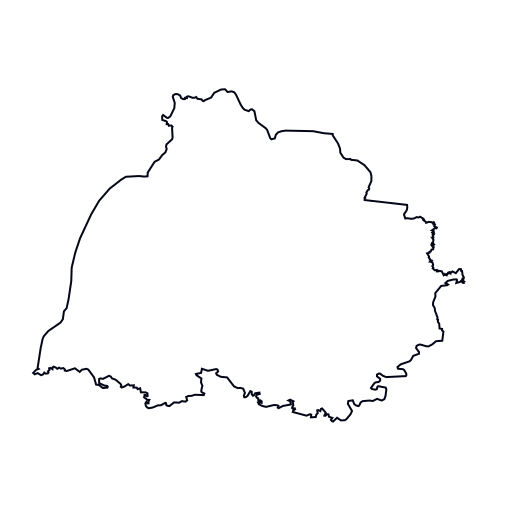 the district of Sang Khom, Udon Thani, Thailand, rotated 96°
{"feature_id": "78962969B36388809671077", "entity_name": "Sang Khom", "entity_type": "district", "adm_level": 2, "iso_a3": "THA", "parent_name": "Thailand", "parent_adm1": "Udon Thani", "projection": "natural_earth1", "projection_center": [103.083, 17.794], "detail": "fine", "context": "isolated", "style": "outline", "palette": "ink", "viewbox_px": 512, "rotation_deg": 96, "n_neighbors": 0, "source": "geoboundaries", "source_scale": "gbopen_adm2", "svg_char_len": 6017}
<svg xmlns="http://www.w3.org/2000/svg" viewBox="0 0 512 512"><g transform="rotate(96 256 256)"><path d="M409.5,189.2L407.7,185.6L408.0,184.5L410.7,184.5L409.9,179.7L407.6,179.5L405.8,178.2L403.1,179.0L402.7,178.1L403.5,175.8L401.3,175.4L400.7,174.3L404.5,170.3L407.6,171.3L407.7,170.4L405.9,168.8L405.9,167.4L408.3,166.6L409.0,163.2L411.2,164.4L412.6,162.7L412.6,162.1L408.4,158.5L410.6,154.4L410.1,150.7L408.9,149.1L403.6,145.5L400.1,144.3L393.4,149.2L390.6,149.0L389.4,144.7L392.9,142.9L394.1,141.1L394.6,138.5L393.9,137.7L390.8,136.7L389.2,134.8L387.9,128.1L388.0,124.7L385.4,120.6L386.6,116.0L385.0,113.4L381.8,112.6L375.1,112.4L373.3,113.3L372.7,120.8L373.6,121.7L375.8,121.9L376.5,123.3L376.1,127.0L375.3,127.9L370.0,124.9L369.1,123.6L368.5,120.9L367.0,119.5L365.1,119.7L363.1,123.1L361.3,123.3L360.0,121.4L360.0,120.3L361.9,117.2L362.8,113.8L359.8,94.5L358.7,94.0L357.2,94.3L353.8,96.8L353.2,98.1L353.3,103.0L351.7,103.7L348.7,100.9L344.7,92.3L343.4,91.1L338.9,89.2L336.1,83.6L334.4,83.9L330.8,87.2L328.6,86.9L327.2,84.8L326.9,83.2L328.0,76.9L327.8,74.9L325.6,71.6L321.9,68.0L320.8,61.9L311.6,61.7L310.5,63.2L309.1,63.3L308.9,65.9L304.2,66.7L302.5,68.2L300.3,68.3L300.1,69.1L298.1,69.1L291.7,72.3L289.1,72.8L286.4,74.8L283.5,75.0L277.6,73.3L274.1,73.8L266.4,68.7L265.1,62.9L264.3,62.0L263.1,64.8L260.7,62.7L258.7,57.1L258.3,54.0L259.0,53.5L261.9,54.0L260.4,50.3L259.5,49.6L261.2,47.2L261.0,46.6L259.8,47.6L259.5,46.6L258.1,48.6L256.9,48.2L257.2,47.3L255.6,47.0L253.3,48.6L249.4,49.5L249.4,50.4L247.6,50.9L247.8,52.7L252.2,55.5L250.8,59.0L251.8,59.9L251.8,61.0L252.9,60.9L252.0,62.3L252.5,63.2L252.9,63.4L253.2,62.5L253.8,64.1L255.2,64.2L255.2,64.9L254.5,65.3L254.9,66.0L254.3,66.4L255.4,67.3L251.8,69.7L251.6,72.8L252.2,72.9L252.4,74.5L251.0,74.7L251.5,76.6L249.9,78.9L249.1,78.4L247.5,79.6L246.6,78.9L245.6,79.1L243.7,80.1L243.5,82.2L242.1,80.9L241.6,82.8L240.4,82.9L239.6,84.0L238.5,83.8L235.5,86.1L234.6,83.8L233.7,84.0L233.2,82.7L231.3,82.1L230.9,80.6L228.7,80.2L228.6,81.1L226.6,82.8L225.3,82.5L226.8,80.9L226.0,80.1L225.3,81.0L223.7,81.4L221.3,81.2L219.9,82.4L220.0,81.7L218.8,81.5L217.6,82.4L216.4,81.7L216.4,82.4L215.9,82.6L215.1,81.6L214.2,83.2L213.8,82.8L214.4,82.2L213.9,81.6L212.2,82.1L212.0,83.6L209.5,80.8L209.6,79.4L208.8,79.1L207.8,81.8L206.3,81.4L206.1,82.5L205.2,81.9L203.8,82.8L204.6,84.0L204.0,84.8L204.0,87.7L205.2,90.3L204.4,90.5L203.0,93.0L202.5,92.6L201.7,93.2L202.1,93.7L200.9,94.5L199.8,96.9L200.7,98.3L200.5,100.2L202.2,102.9L202.8,105.6L202.6,109.6L203.1,111.5L199.1,113.2L194.8,110.9L192.0,110.6L189.4,111.1L189.0,153.8L186.9,154.1L186.6,153.4L185.7,153.7L182.5,152.4L181.3,152.9L178.7,151.6L178.2,150.7L176.9,150.5L175.9,151.2L169.4,149.1L164.3,149.6L160.8,150.9L154.4,157.5L150.4,165.2L150.4,171.5L149.7,172.2L150.2,176.7L149.0,179.3L144.5,182.9L140.3,183.7L135.5,186.2L128.0,192.3L126.6,192.5L126.8,201.3L125.9,212.3L128.2,239.6L129.2,243.6L130.8,247.0L133.3,248.9L137.1,249.6L138.3,253.0L137.4,254.1L129.4,258.1L127.9,259.7L123.4,267.4L121.0,270.0L112.2,272.7L110.5,275.3L110.9,276.8L112.7,278.4L111.7,282.7L109.9,284.9L106.7,287.3L97.7,292.7L95.4,294.8L94.8,297.4L95.9,301.4L93.4,304.2L94.1,308.2L98.1,314.6L103.1,317.2L106.5,323.3L107.5,324.2L107.2,325.4L105.9,326.5L105.8,330.6L104.1,332.2L105.0,333.4L105.3,335.6L104.2,339.9L104.9,341.6L106.1,341.3L106.0,342.2L106.9,342.7L106.5,343.3L107.4,343.6L107.6,344.6L106.8,346.9L104.4,348.2L103.2,350.8L103.4,353.2L104.8,355.1L106.4,355.4L112.3,352.8L117.5,352.7L126.0,355.8L127.9,357.8L127.9,359.0L125.5,363.1L127.0,364.0L130.5,363.4L131.3,359.5L132.1,358.5L134.2,358.6L134.0,357.1L135.6,356.3L135.0,353.9L136.1,352.5L137.2,352.9L147.1,351.3L148.6,351.6L154.4,356.7L156.8,356.9L158.9,356.0L162.5,357.0L165.4,359.8L170.2,362.6L172.9,366.7L184.3,372.4L188.1,372.2L188.7,375.5L188.7,380.7L190.8,393.7L194.1,398.0L204.2,408.5L217.5,417.8L231.9,424.3L256.7,432.8L271.5,436.1L286.9,438.1L300.3,437.1L318.7,437.9L327.7,438.9L331.0,441.2L339.1,441.5L342.7,443.5L352.3,454.7L357.9,458.6L360.6,459.5L369.7,460.5L390.1,461.5L391.0,460.3L392.1,462.7L395.6,465.4L396.8,463.7L395.3,460.9L397.0,457.2L396.0,455.4L394.1,454.4L395.0,452.9L394.5,450.8L393.7,450.2L392.4,450.8L390.7,449.4L389.3,450.0L388.8,448.4L389.8,446.6L387.8,446.5L387.2,445.8L387.9,443.4L389.0,441.8L387.6,440.2L388.4,438.3L387.6,435.9L388.8,434.2L389.9,434.2L390.2,432.2L386.6,424.4L389.7,419.2L387.3,417.3L385.9,412.8L386.5,410.9L393.6,404.4L400.6,401.6L400.7,398.7L403.3,394.6L402.5,390.1L401.4,389.8L400.8,390.5L400.6,393.7L398.7,398.7L394.8,399.2L394.0,398.1L394.2,395.4L390.5,389.6L391.1,387.8L392.8,386.4L393.7,382.7L397.3,377.4L398.7,376.4L400.2,376.8L400.8,375.9L399.8,373.5L396.8,369.7L398.0,367.8L397.4,364.0L399.6,364.2L399.4,360.8L400.8,359.8L399.7,357.4L403.6,356.2L403.1,351.6L403.9,349.6L406.6,349.2L406.9,350.1L405.8,351.3L405.8,352.3L408.3,352.5L410.4,348.9L410.3,347.1L411.7,347.7L413.7,347.5L413.9,348.4L412.5,349.8L414.1,350.6L416.6,349.9L418.0,348.4L418.6,346.7L417.5,342.9L414.8,338.0L414.4,335.0L411.5,330.8L411.7,330.1L413.6,329.7L414.2,328.6L414.3,326.4L410.2,322.2L409.9,317.0L408.1,314.6L408.2,310.9L406.7,309.4L403.5,310.7L402.2,308.4L401.8,305.3L400.4,302.4L399.8,293.4L398.2,293.0L397.1,295.8L396.0,296.4L390.5,295.8L387.4,297.5L383.5,297.5L380.8,302.7L379.6,303.4L378.0,298.4L373.8,298.0L375.2,291.8L372.6,283.8L373.0,282.4L374.8,281.6L376.8,283.4L378.2,282.6L379.8,278.6L379.8,272.0L388.0,264.2L389.3,260.3L388.8,258.0L389.3,254.8L393.3,252.7L396.2,253.5L397.7,252.9L397.4,251.3L396.0,249.8L391.0,247.5L391.4,246.1L394.0,245.7L395.3,244.4L394.6,243.4L392.6,242.5L391.5,238.3L392.8,237.9L393.9,240.6L395.5,241.3L396.7,240.5L397.4,238.9L399.2,238.6L399.1,236.5L400.0,235.1L401.5,235.1L401.0,237.8L401.4,238.7L403.2,237.5L404.5,234.1L405.0,230.2L402.3,222.5L402.2,219.0L402.8,218.0L404.5,218.5L405.0,217.7L402.3,213.5L400.0,205.8L396.9,206.7L396.3,208.6L395.3,207.1L396.6,203.5L397.8,204.1L400.4,203.3L403.3,204.3L403.9,203.6L403.4,201.6L404.3,201.1L405.9,202.8L407.3,203.1L409.5,189.2Z" fill="none" stroke="#020617" stroke-width="2"/></g></svg>